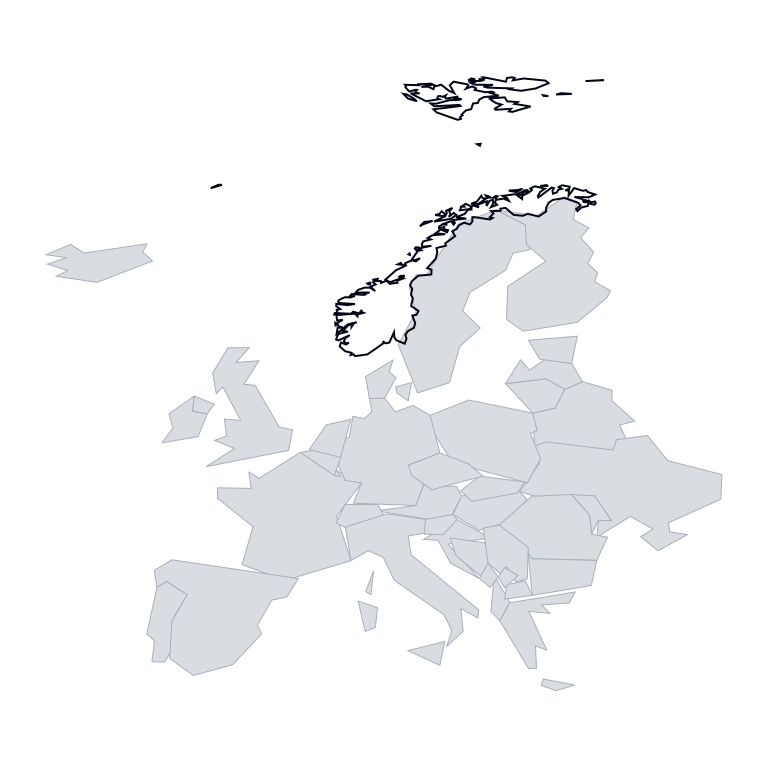 where Norway sits in Europe
{"feature_id": "NOR", "entity_name": "Norway", "entity_type": "country or territory", "adm_level": 0, "iso_a3": "NOR", "parent_name": "Europe", "parent_adm1": "", "projection": "natural_earth1", "projection_center": [16.239, 69.249], "detail": "fine", "context": "in_parent", "style": "outline", "palette": "ink", "viewbox_px": 768, "rotation_deg": 0, "n_neighbors": 37, "source": "natural_earth", "source_scale": "50m", "svg_char_len": 12944}
<svg xmlns="http://www.w3.org/2000/svg" viewBox="0 0 768 768"><path d="M300.2,452.4L361.4,483.0L336.6,516.2L351.0,560.6L284.7,580.5L242.1,564.6L253.0,526.6L217.6,498.4L217.5,487.8L251.1,488.4L248.9,472.1L259.0,478.3L300.2,452.4ZM365.7,591.7L373.5,570.7L371.0,594.7L365.7,591.7Z" fill="#d9dde1" stroke="#a8b0b8" stroke-width="1"/><path d="M398.2,344.7L415.9,311.7L409.3,287.2L416.2,274.9L426.3,275.1L458.6,223.8L496.3,210.0L525.3,224.8L530.1,249.6L513.1,253.2L505.5,270.3L470.0,292.3L462.6,311.0L480.2,328.0L459.7,346.5L449.5,382.6L417.6,392.9L398.2,344.7Z" fill="#d9dde1" stroke="#a8b0b8" stroke-width="1"/><path d="M582.4,381.7L612.2,390.3L611.7,400.6L634.6,421.1L619.6,425.1L626.0,438.8L613.1,450.0L534.6,446.3L532.9,413.2L555.2,408.0L564.6,389.4L582.4,381.7Z" fill="#d9dde1" stroke="#a8b0b8" stroke-width="1"/><path d="M669.7,531.9L687.3,534.6L658.0,550.8L640.5,536.7L653.0,529.0L630.2,516.5L597.0,537.0L598.2,520.4L611.5,520.6L594.7,496.0L551.7,501.5L519.7,491.6L539.6,462.8L534.6,446.3L545.8,441.9L613.1,450.0L616.5,439.7L647.5,435.5L667.6,460.6L721.9,474.6L720.8,499.2L668.4,522.8L669.7,531.9Z" fill="#d9dde1" stroke="#a8b0b8" stroke-width="1"/><path d="M532.9,413.2L537.0,430.5L530.5,433.4L540.6,458.8L527.3,482.9L452.7,462.8L429.5,426.4L430.2,415.4L468.5,400.0L532.9,413.2Z" fill="#d9dde1" stroke="#a8b0b8" stroke-width="1"/><path d="M461.8,495.9L450.8,516.9L435.0,520.5L376.2,510.8L415.7,505.5L423.5,485.1L456.4,486.4L461.8,495.9Z" fill="#d9dde1" stroke="#a8b0b8" stroke-width="1"/><path d="M519.7,491.6L527.1,499.4L508.3,522.2L478.9,530.3L453.0,514.4L461.8,495.9L519.7,491.6Z" fill="#d9dde1" stroke="#a8b0b8" stroke-width="1"/><path d="M571.3,494.5L594.7,496.0L611.5,520.6L598.2,520.4L591.7,534.3L589.5,515.0L571.3,494.5Z" fill="#d9dde1" stroke="#a8b0b8" stroke-width="1"/><path d="M591.7,534.3L607.6,537.2L596.7,560.4L531.4,558.7L499.2,525.0L531.9,496.3L571.3,494.5L589.5,515.0L591.7,534.3Z" fill="#d9dde1" stroke="#a8b0b8" stroke-width="1"/><path d="M564.6,389.4L555.2,408.0L532.9,413.2L505.5,383.6L546.4,378.8L564.6,389.4Z" fill="#d9dde1" stroke="#a8b0b8" stroke-width="1"/><path d="M571.7,363.6L582.4,381.7L564.6,389.4L546.4,378.8L505.5,383.6L520.6,359.8L529.5,370.1L548.6,356.8L571.7,363.6Z" fill="#d9dde1" stroke="#a8b0b8" stroke-width="1"/><path d="M577.3,336.2L571.7,363.6L539.6,359.2L528.5,340.2L577.3,336.2Z" fill="#d9dde1" stroke="#a8b0b8" stroke-width="1"/><path d="M430.2,415.4L439.8,453.0L408.5,465.1L423.5,485.1L415.7,505.5L353.5,503.2L361.4,483.0L345.2,480.4L338.9,467.0L339.5,442.4L349.2,437.0L353.0,416.3L364.2,418.6L371.9,411.7L369.4,398.5L384.6,398.2L395.3,411.9L412.8,405.4L430.2,415.4Z" fill="#d9dde1" stroke="#a8b0b8" stroke-width="1"/><path d="M527.9,552.7L531.4,558.7L596.7,560.4L591.3,585.5L532.4,595.3L527.9,552.7Z" fill="#d9dde1" stroke="#a8b0b8" stroke-width="1"/><path d="M574.7,685.1L555.9,690.7L541.2,685.4L543.3,679.0L574.7,685.1ZM509.8,602.7L575.2,592.0L569.2,602.9L541.6,605.0L550.0,613.3L528.9,611.4L546.7,650.0L535.5,646.0L536.5,668.3L528.5,668.5L499.8,620.7L509.8,602.7Z" fill="#d9dde1" stroke="#a8b0b8" stroke-width="1"/><path d="M509.8,602.7L499.8,620.7L490.9,611.4L494.3,575.4L509.8,602.7Z" fill="#d9dde1" stroke="#a8b0b8" stroke-width="1"/><path d="M457.2,519.5L489.8,538.0L447.8,544.1L479.3,578.5L450.8,563.4L438.0,540.3L423.6,539.4L457.2,519.5Z" fill="#d9dde1" stroke="#a8b0b8" stroke-width="1"/><path d="M377.7,504.6L386.1,519.8L350.2,530.1L336.1,522.8L345.1,504.4L377.7,504.6Z" fill="#d9dde1" stroke="#a8b0b8" stroke-width="1"/><path d="M335.9,467.6L340.1,476.6L334.3,475.6L335.9,467.6Z" fill="#d9dde1" stroke="#a8b0b8" stroke-width="1"/><path d="M340.6,457.4L334.3,475.6L300.2,452.4L327.9,447.8L340.6,457.4Z" fill="#d9dde1" stroke="#a8b0b8" stroke-width="1"/><path d="M350.8,419.3L340.6,457.4L309.3,449.6L326.2,424.8L350.8,419.3Z" fill="#d9dde1" stroke="#a8b0b8" stroke-width="1"/><path d="M156.9,587.3L166.5,581.4L187.3,594.7L172.1,620.6L175.8,643.7L164.5,662.1L152.0,661.7L154.4,640.9L146.9,633.9L156.9,587.3Z" fill="#d9dde1" stroke="#a8b0b8" stroke-width="1"/><path d="M169.6,658.3L172.1,620.6L187.3,594.7L166.5,581.4L156.9,587.3L154.3,570.4L171.8,559.8L298.3,578.6L286.9,597.0L271.7,600.1L257.4,625.4L261.5,633.9L232.8,664.6L193.3,675.4L169.6,658.3Z" fill="#d9dde1" stroke="#a8b0b8" stroke-width="1"/><path d="M207.2,413.9L198.1,436.6L162.0,442.8L172.9,428.0L169.0,413.7L194.4,396.1L192.5,411.1L207.2,413.9Z" fill="#d9dde1" stroke="#a8b0b8" stroke-width="1"/><path d="M387.1,513.8L425.5,519.4L426.9,532.8L408.3,535.9L411.1,554.8L478.7,609.9L477.8,618.0L460.9,608.6L463.1,631.4L446.8,646.2L451.9,630.5L443.7,614.4L394.3,580.3L383.3,557.3L368.2,550.7L351.0,560.6L345.4,527.0L387.1,513.8ZM407.9,650.6L444.9,641.4L439.8,665.4L407.9,650.6ZM358.2,601.1L377.5,607.7L375.4,627.4L365.1,631.4L358.2,601.1Z" fill="#d9dde1" stroke="#a8b0b8" stroke-width="1"/><path d="M384.6,398.2L369.4,398.5L365.6,376.5L393.0,360.1L389.1,371.7L396.0,377.6L384.6,398.2ZM411.6,382.5L408.2,400.8L397.0,392.9L395.6,387.1L411.6,382.5Z" fill="#d9dde1" stroke="#a8b0b8" stroke-width="1"/><path d="M207.2,413.9L192.5,411.1L194.4,396.1L214.2,404.2L207.2,413.9ZM240.7,420.4L222.9,387.0L216.3,393.6L212.6,373.1L227.9,347.8L249.2,347.7L236.1,362.5L258.9,360.7L244.0,384.4L255.1,385.3L279.3,427.1L292.5,429.8L288.5,450.4L206.2,466.6L234.4,448.5L214.6,440.4L226.6,436.0L224.4,419.1L240.7,420.4Z" fill="#d9dde1" stroke="#a8b0b8" stroke-width="1"/><path d="M146.9,243.8L142.9,252.1L152.5,261.0L96.8,282.4L56.3,276.3L67.8,270.5L47.3,264.1L66.4,257.7L46.1,254.7L70.7,244.4L84.1,253.1L146.9,243.8Z" fill="#d9dde1" stroke="#a8b0b8" stroke-width="1"/><path d="M425.5,519.4L453.0,514.4L457.2,519.5L442.9,534.8L424.3,534.1L425.5,519.4Z" fill="#d9dde1" stroke="#a8b0b8" stroke-width="1"/><path d="M577.1,201.7L573.1,219.4L588.9,227.9L580.6,237.5L593.6,252.2L587.8,263.3L597.8,273.1L594.4,281.6L610.4,290.7L607.1,297.5L577.2,322.3L523.2,331.2L506.5,319.4L507.7,286.4L545.8,261.2L526.5,244.6L525.3,224.8L496.3,210.0L536.5,215.8L564.3,196.8L577.1,201.7Z" fill="#d9dde1" stroke="#a8b0b8" stroke-width="1"/><path d="M524.8,482.0L517.4,493.1L471.8,501.2L460.7,490.9L479.5,476.1L524.8,482.0Z" fill="#d9dde1" stroke="#a8b0b8" stroke-width="1"/><path d="M439.8,453.0L468.2,463.7L482.9,476.1L431.9,489.7L411.5,475.4L408.5,465.1L439.8,453.0Z" fill="#d9dde1" stroke="#a8b0b8" stroke-width="1"/><path d="M480.6,576.0L455.9,555.5L450.2,538.0L489.6,543.5L490.8,562.5L480.6,576.0Z" fill="#d9dde1" stroke="#a8b0b8" stroke-width="1"/><path d="M525.3,580.8L532.4,595.3L504.8,599.1L506.5,584.8L525.3,580.8Z" fill="#d9dde1" stroke="#a8b0b8" stroke-width="1"/><path d="M483.2,528.2L499.2,525.0L528.3,547.6L527.2,578.8L515.9,581.9L506.8,566.8L500.4,573.6L488.1,563.1L483.2,528.2Z" fill="#d9dde1" stroke="#a8b0b8" stroke-width="1"/><path d="M498.2,576.9L490.2,587.4L479.3,578.5L488.1,563.1L498.2,576.9Z" fill="#d9dde1" stroke="#a8b0b8" stroke-width="1"/><path d="M504.5,587.7L498.2,576.9L504.7,567.6L518.1,575.5L504.5,587.7Z" fill="#d9dde1" stroke="#a8b0b8" stroke-width="1"/><path d="M500.5,210.8L491.2,211.1L493.5,213.3L489.9,217.1L492.6,218.0L490.0,219.5L473.6,217.0L472.3,217.3L472.4,221.5L469.9,224.5L464.1,222.7L458.8,225.4L456.7,228.9L452.3,231.3L455.1,236.1L445.3,243.3L445.9,245.7L436.5,248.0L437.3,252.3L435.7,258.7L427.2,268.1L431.5,269.7L431.3,274.5L418.3,275.7L411.9,281.1L410.0,285.1L412.2,288.9L411.0,294.4L412.8,298.4L411.1,306.0L418.5,310.9L416.6,314.8L412.3,315.6L415.2,323.0L414.0,327.7L408.1,331.0L405.4,334.6L406.5,338.8L404.7,343.7L396.3,340.2L394.4,337.4L394.0,332.3L389.3,342.6L385.7,343.3L382.8,341.2L383.7,343.1L367.4,354.4L355.0,356.1L353.7,354.3L350.6,355.0L351.5,352.8L345.1,351.2L339.7,346.4L341.0,342.5L346.0,344.5L348.9,342.7L346.1,343.4L344.0,341.4L344.8,338.6L349.8,335.1L338.4,340.4L336.1,339.6L338.2,334.0L348.0,331.6L342.9,331.0L347.5,326.0L351.6,323.6L351.5,327.0L353.7,323.5L356.7,322.2L347.7,324.4L336.6,334.0L337.6,327.9L342.7,327.4L338.5,326.3L337.2,323.1L342.7,319.8L337.1,320.5L336.4,315.1L354.9,313.7L357.5,316.3L357.6,314.4L363.6,312.8L360.9,311.6L362.0,309.8L359.0,313.4L353.2,311.7L350.8,313.8L337.5,313.1L336.7,309.8L340.2,309.1L336.2,306.1L336.3,303.9L347.5,305.1L355.0,304.0L339.9,303.1L338.2,301.9L338.8,300.1L344.9,297.2L350.0,297.5L355.0,296.0L349.3,296.8L351.7,294.1L364.1,294.9L365.4,294.4L363.9,293.3L369.7,292.5L355.7,292.6L358.0,289.9L364.6,287.6L370.0,287.7L375.2,291.0L370.6,286.8L375.6,284.4L372.9,282.3L375.2,281.0L380.9,281.1L381.0,282.9L386.6,280.7L389.8,283.8L397.4,282.8L397.1,280.7L403.8,278.3L401.8,277.1L404.8,275.7L400.9,275.9L399.2,276.8L400.5,277.8L399.3,278.8L390.2,282.2L385.4,279.6L395.9,270.3L406.9,265.1L403.4,265.9L405.5,263.0L412.3,260.3L415.8,261.4L420.0,258.2L414.9,260.3L412.1,259.0L417.9,250.9L421.3,250.2L418.9,248.4L431.4,245.8L422.3,246.7L421.8,244.1L423.3,241.4L430.8,239.4L427.7,238.0L432.3,235.3L445.3,234.2L435.6,233.3L440.8,229.4L447.0,232.3L448.0,230.1L443.6,229.1L444.2,227.0L439.0,228.2L439.2,226.4L442.6,224.4L447.3,224.7L444.1,223.6L451.2,221.1L454.1,225.5L453.6,224.0L454.9,222.9L453.1,220.0L466.3,218.6L456.1,217.3L464.7,213.9L467.7,210.1L471.6,209.4L471.3,207.3L473.0,205.4L478.9,207.4L476.5,205.2L486.8,201.3L486.5,206.0L489.4,201.0L492.9,199.5L493.2,203.6L491.0,207.1L497.1,204.8L495.0,202.7L495.8,199.9L503.6,198.6L508.9,200.9L507.1,198.0L502.7,195.9L515.5,194.1L522.1,199.0L522.2,195.7L528.4,192.8L531.9,190.1L530.3,188.5L535.0,186.3L544.9,188.7L540.2,191.9L537.8,196.1L538.4,197.5L551.7,187.5L554.0,188.2L552.5,190.5L553.0,193.7L556.8,192.4L558.4,189.6L561.8,188.8L558.7,187.0L562.0,185.3L569.7,186.7L569.3,188.6L565.3,190.4L568.9,190.5L568.6,195.7L574.1,188.1L583.0,190.8L586.1,190.1L587.7,192.0L595.1,194.5L588.7,197.3L574.4,197.0L582.5,199.1L583.7,202.0L587.5,202.3L588.8,200.5L590.8,202.3L595.0,201.5L595.7,203.2L594.6,204.7L588.3,203.4L587.9,205.9L581.2,207.6L577.4,211.1L576.1,209.1L580.5,205.4L578.4,202.9L564.5,198.0L552.8,199.9L548.7,202.7L546.1,207.8L546.1,211.5L538.6,216.5L527.8,213.8L522.7,215.8L513.7,214.9L505.5,207.9L500.4,208.7L500.5,210.8ZM453.5,81.7L467.3,84.3L468.4,85.3L465.9,88.7L472.2,86.4L475.9,88.3L474.8,90.0L485.5,92.2L491.8,91.7L493.2,92.2L490.9,93.1L498.8,95.7L483.8,97.1L479.2,99.6L477.9,102.9L473.0,103.5L471.2,109.1L465.8,110.5L461.6,114.5L462.5,115.4L460.1,117.1L460.9,118.9L457.6,119.8L436.6,112.4L433.4,109.3L460.5,106.0L459.4,104.9L434.3,106.3L430.7,103.5L436.2,103.7L449.4,100.2L458.2,99.9L461.7,99.2L455.3,98.2L458.2,96.5L446.2,98.6L444.7,97.3L445.9,95.3L442.6,96.9L439.8,95.9L437.8,96.4L437.4,98.4L439.3,99.2L426.0,101.2L410.6,93.4L419.7,93.4L416.0,92.6L415.3,91.2L417.0,90.0L416.1,89.7L409.3,91.5L405.4,87.3L406.1,86.0L405.1,84.8L419.0,85.2L418.5,84.3L431.3,83.7L433.3,84.7L421.3,86.8L428.1,86.7L433.5,89.2L434.2,86.6L441.2,84.7L449.3,91.0L454.3,93.1L449.8,85.3L453.5,81.7ZM483.6,77.3L505.9,81.7L507.0,78.0L511.8,77.3L514.5,77.8L512.9,80.3L523.9,78.5L545.4,80.6L548.6,83.2L535.6,88.5L521.0,90.8L509.9,89.3L511.4,88.4L487.4,87.6L483.4,86.5L493.0,84.9L475.1,84.7L470.9,83.0L476.1,81.8L468.0,80.7L480.3,81.0L482.0,80.5L478.8,78.8L483.8,79.9L484.3,78.8L482.5,77.4L483.6,77.3ZM488.7,98.5L504.7,97.4L507.2,101.3L517.5,102.1L514.6,103.9L530.7,106.5L512.3,111.9L508.9,111.4L511.1,108.8L495.4,109.8L494.8,108.6L501.6,104.6L496.1,103.1L491.4,100.2L491.7,99.2L488.7,98.5ZM448.7,216.9L453.8,213.0L456.4,214.9L450.8,218.9L434.0,221.6L445.3,216.2L446.8,212.9L446.1,210.8L452.4,207.9L449.3,211.1L450.4,214.7L448.7,216.9ZM465.7,203.9L471.3,206.4L470.1,208.9L459.0,210.5L460.6,209.6L460.8,206.8L464.3,206.6L463.0,205.4L465.7,203.9ZM482.5,198.0L486.0,198.6L478.1,204.1L471.1,203.8L477.0,201.5L481.3,195.8L482.5,198.0ZM407.0,94.5L414.4,99.0L416.9,101.2L408.2,98.7L403.4,93.9L407.0,94.5ZM441.7,211.3L445.2,214.1L443.5,216.2L435.2,215.0L439.4,214.0L441.7,211.3ZM522.4,188.7L516.7,192.1L508.7,190.6L517.9,190.0L522.4,188.7ZM524.3,192.0L521.1,195.1L517.7,194.0L523.6,191.1L524.3,192.0ZM424.6,222.0L432.6,220.9L423.8,224.1L424.6,222.0ZM222.0,184.9L210.7,188.2L218.5,184.7L222.0,184.9ZM603.3,80.2L585.5,81.1L603.9,80.0L603.3,80.2ZM561.3,93.2L571.8,93.9L556.0,94.5L561.3,93.2ZM540.2,186.0L546.2,185.1L548.2,185.9L540.2,186.0ZM528.2,191.8L526.3,192.2L524.7,190.4L527.5,190.1L528.2,191.8ZM497.6,196.3L495.9,198.1L493.6,197.3L496.0,195.9L497.6,196.3ZM480.6,143.8L479.9,145.8L477.1,144.2L480.6,143.8ZM548.4,96.1L543.5,95.9L543.0,95.2L548.4,96.1ZM400.7,262.9L402.3,264.8L397.9,264.3L400.7,262.9ZM485.8,195.5L488.8,196.3L490.6,197.5L487.6,197.8L485.8,195.5ZM475.1,79.1L473.2,79.7L470.0,79.2L471.1,78.5L475.1,79.1ZM377.4,279.6L372.3,279.9L377.7,278.8L377.4,279.6ZM370.2,284.5L368.0,284.3L367.2,283.5L370.0,282.7L370.2,284.5ZM422.5,224.6L419.8,226.3L422.8,223.4L422.5,224.6ZM336.2,323.9L335.5,326.4L335.3,323.1L336.2,323.9ZM417.3,247.4L414.3,249.2L415.7,247.3L417.3,247.4ZM587.1,200.8L584.3,201.7L584.1,201.4L584.9,200.0L587.1,200.8ZM418.2,250.1L415.3,250.4L418.8,249.8L418.2,250.1ZM409.6,253.5L409.9,254.9L408.5,254.4L409.6,253.5ZM335.9,314.5L334.2,314.5L334.6,313.2L335.6,312.9L335.9,314.5Z" fill="none" stroke="#020617" stroke-width="2"/></svg>